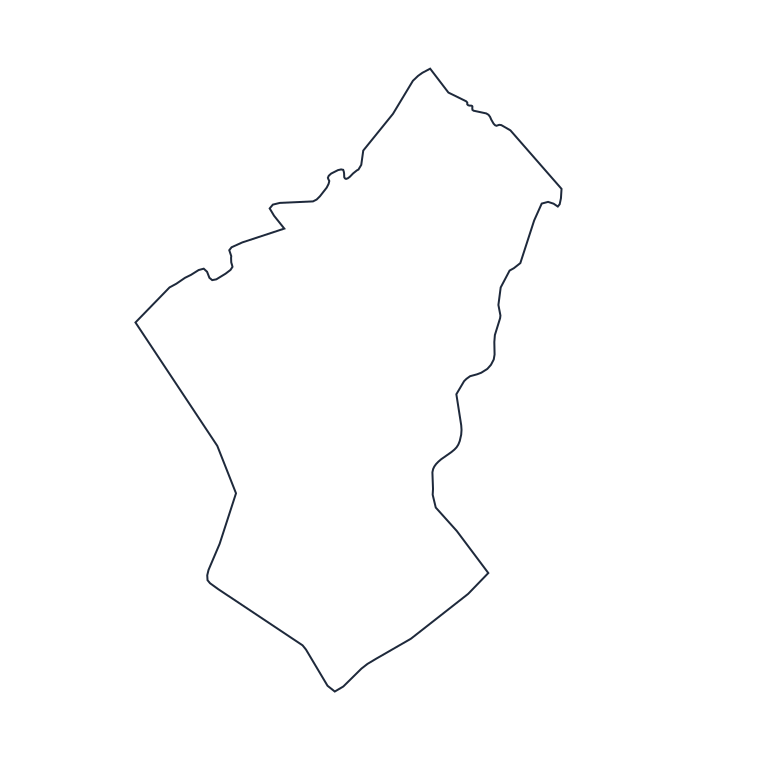 the border of Dhi-Qar, rotated 49°
{"feature_id": "IRQ-3225", "entity_name": "Dhi-Qar", "entity_type": "Province", "adm_level": 1, "iso_a3": "IRQ", "parent_name": "Iraq", "parent_adm1": "", "projection": "mercator", "projection_center": [46.195, 31.256], "detail": "fine", "context": "isolated", "style": "outline", "palette": "slate", "viewbox_px": 768, "rotation_deg": 49, "n_neighbors": 0, "source": "natural_earth", "source_scale": "10m", "svg_char_len": 1881}
<svg xmlns="http://www.w3.org/2000/svg" viewBox="0 0 768 768"><g transform="rotate(49 384 384)"><path d="M194.2,246.5L186.0,200.0L174.1,163.2L173.8,156.0L174.3,150.9L176.3,142.3L206.3,144.2L224.6,136.5L226.2,136.5L227.6,137.7L228.8,137.6L229.9,136.9L231.3,135.4L232.1,135.1L232.8,135.4L233.6,136.3L235.1,137.4L236.5,137.1L246.9,129.3L249.4,128.5L252.0,128.7L254.8,129.6L259.4,130.5L261.6,130.4L262.9,129.7L264.0,127.0L265.6,125.6L275.5,122.2L353.2,122.0L359.9,128.6L363.6,133.5L364.1,136.4L359.2,137.7L354.2,140.7L351.3,146.6L359.1,163.4L382.2,201.8L381.8,210.0L380.8,214.8L387.7,232.6L399.4,245.8L408.7,251.2L410.5,253.2L419.8,268.2L424.7,273.2L434.3,281.2L437.5,285.1L439.7,290.7L440.4,296.1L439.3,303.2L437.7,307.5L434.6,313.9L434.2,318.4L434.4,321.7L439.2,336.1L465.8,352.8L469.5,355.6L472.9,359.0L476.7,364.2L478.5,367.7L479.4,370.8L479.7,373.9L479.6,377.8L478.3,390.2L478.3,393.9L478.6,397.3L479.3,400.2L480.4,402.7L482.4,405.4L495.4,415.9L499.5,419.9L511.2,426.0L542.7,425.5L595.1,429.3L597.6,458.2L593.9,530.8L586.2,570.1L584.4,580.1L584.0,587.8L585.6,613.2L583.8,622.9L574.7,624.6L533.2,617.1L527.8,616.9L430.1,643.7L420.3,646.0L416.3,645.9L412.4,642.9L409.2,638.4L396.8,612.9L369.4,567.4L321.3,550.4L174.5,531.2L170.4,482.5L172.1,474.9L173.3,464.5L175.0,458.1L176.4,449.1L178.7,444.4L183.2,443.9L189.3,446.1L192.9,445.5L195.0,441.9L196.8,431.2L197.2,425.0L196.2,421.5L194.4,420.6L192.0,419.5L188.4,416.6L187.3,415.4L181.5,413.0L180.8,409.3L184.2,398.0L201.3,357.3L184.9,356.6L176.5,355.1L175.7,350.2L179.0,343.8L199.6,317.8L200.6,313.8L200.3,309.2L198.2,298.4L196.6,294.5L194.9,292.1L193.2,291.7L191.6,291.1L190.6,289.1L190.5,285.9L192.4,278.4L193.9,275.6L195.6,274.3L197.3,275.0L198.8,275.9L201.8,278.3L203.1,278.6L204.3,278.1L205.0,276.4L205.2,273.9L204.8,269.2L205.0,264.3L205.4,262.6L203.7,257.4L194.2,246.5Z" fill="none" stroke="#1e293b" stroke-width="2"/></g></svg>